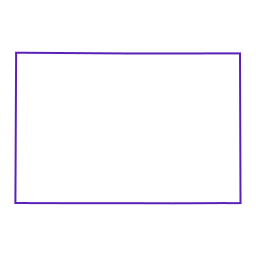 outline of Fillmore, Minnesota, United States of America
{"feature_id": "52423323B25501231603720", "entity_name": "Fillmore", "entity_type": "district", "adm_level": 2, "iso_a3": "USA", "parent_name": "United States of America", "parent_adm1": "Minnesota", "projection": "orthographic", "projection_center": [-92.041, 43.674], "detail": "fine", "context": "isolated", "style": "outline", "palette": "violet", "viewbox_px": 256, "rotation_deg": 0, "n_neighbors": 0, "source": "geoboundaries", "source_scale": "gbopen_adm2", "svg_char_len": 483}
<svg xmlns="http://www.w3.org/2000/svg" viewBox="0 0 256 256"><path d="M16.1,58.8L15.4,203.0L27.9,203.0L28.8,203.1L34.4,203.1L40.4,203.1L68.6,203.2L69.1,203.2L93.8,203.2L100.0,203.2L123.5,203.2L127.9,203.2L131.0,203.2L171.8,203.3L174.3,203.3L202.8,203.2L211.0,203.1L216.5,203.1L217.2,203.1L225.3,203.0L225.8,203.1L230.9,203.1L238.1,203.1L238.7,203.1L239.7,203.1L240.6,203.0L240.5,201.5L240.0,53.4L131.3,53.5L16.1,52.7L16.1,58.8Z" fill="none" stroke="#5b21b6" stroke-width="2"/></svg>